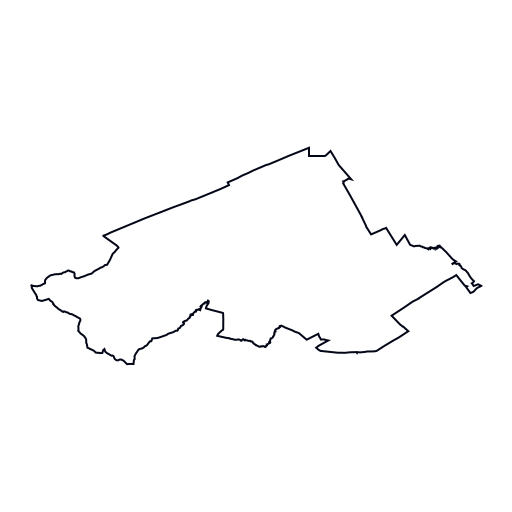 Brusturi, Neamt, Romania (Natural Earth projection)
{"feature_id": "2599482B56191304093915", "entity_name": "Brusturi", "entity_type": "district", "adm_level": 2, "iso_a3": "ROU", "parent_name": "Romania", "parent_adm1": "Neamt", "projection": "natural_earth1", "projection_center": [26.327, 47.289], "detail": "fine", "context": "isolated", "style": "outline", "palette": "ink", "viewbox_px": 512, "rotation_deg": 0, "n_neighbors": 0, "source": "geoboundaries", "source_scale": "gbopen_adm2", "svg_char_len": 6006}
<svg xmlns="http://www.w3.org/2000/svg" viewBox="0 0 512 512"><path d="M330.5,151.0L326.0,155.3L324.9,156.0L309.0,156.0L309.0,147.8L289.1,155.7L276.0,161.3L268.8,164.3L265.9,165.1L253.2,170.5L248.2,173.0L242.3,175.5L237.4,178.2L227.7,182.4L229.0,185.1L220.2,189.1L195.4,199.3L191.1,200.5L189.2,201.4L173.1,207.3L143.6,218.8L109.8,232.9L107.4,234.2L103.4,235.7L103.5,236.0L103.8,236.3L115.4,244.6L116.3,245.1L118.2,247.1L118.5,247.7L117.0,249.2L114.4,252.3L112.7,253.8L109.9,260.0L107.1,264.8L105.1,265.0L103.5,266.4L101.3,267.5L100.2,267.8L99.5,268.4L94.9,270.8L93.6,271.8L92.1,273.2L91.3,273.7L88.0,274.6L83.7,276.4L81.2,277.1L78.6,278.2L76.8,278.3L75.3,277.9L75.0,277.6L74.5,276.2L74.5,274.7L74.6,273.9L74.1,272.5L72.2,272.1L71.7,271.5L69.9,271.3L69.1,270.6L68.2,270.5L64.9,272.2L63.1,272.6L61.2,274.0L60.3,273.7L58.3,274.2L55.4,274.2L50.3,275.4L47.0,277.8L45.2,280.0L45.0,281.3L45.1,282.2L44.9,283.4L43.7,283.8L40.1,285.8L39.1,285.8L37.1,286.3L34.6,286.1L33.0,285.9L30.7,285.0L31.4,285.5L31.7,286.1L31.9,288.1L35.3,293.7L36.1,294.6L36.5,296.1L37.0,296.7L37.0,298.4L37.9,300.0L41.9,301.0L48.8,298.9L50.3,300.7L52.2,301.9L53.6,304.1L53.4,304.4L55.5,306.5L56.8,307.4L58.5,309.0L61.6,310.9L62.4,311.6L63.2,311.9L63.6,311.5L64.3,311.4L66.5,312.3L67.6,312.5L69.4,313.7L72.4,314.4L74.2,315.5L75.9,316.2L77.2,317.2L77.9,317.4L80.0,318.6L80.4,319.6L80.4,320.4L79.3,322.7L79.3,323.1L79.0,323.7L78.9,324.5L78.3,326.2L78.5,329.8L78.2,330.7L80.6,333.5L83.9,335.9L84.3,336.6L85.1,337.4L86.1,339.3L86.2,340.2L86.2,342.6L86.9,344.4L87.4,347.6L87.8,347.9L89.7,348.6L90.1,349.1L91.2,349.4L94.0,350.8L95.8,352.6L99.3,352.9L100.1,353.1L102.3,353.0L103.2,350.2L104.4,349.1L105.2,351.5L106.5,352.8L111.5,355.7L112.4,355.5L113.2,355.9L113.8,356.6L114.2,357.9L114.8,359.0L116.2,360.1L116.9,360.3L118.1,360.3L119.5,359.6L121.2,359.5L123.7,360.8L127.1,364.2L129.5,363.9L133.5,364.0L133.8,360.9L134.1,359.7L134.7,359.0L134.5,356.2L135.7,353.8L138.7,349.4L141.7,348.5L143.3,347.8L145.3,346.0L146.2,345.7L147.1,345.0L149.8,341.4L151.3,341.2L152.3,338.4L157.5,338.0L160.4,337.1L166.4,335.0L168.3,333.7L173.4,332.1L175.2,331.0L176.3,330.6L177.3,330.7L177.7,330.4L178.3,328.5L179.1,328.3L179.8,327.9L180.2,327.5L180.8,326.1L182.7,325.2L183.8,324.2L184.1,323.2L183.0,322.5L183.2,321.9L185.1,320.8L185.9,320.8L186.8,320.4L188.4,318.5L189.5,318.0L189.8,316.7L190.3,316.6L190.4,316.0L191.0,315.3L190.9,315.0L190.5,314.8L190.6,314.5L192.1,314.2L192.3,315.0L192.9,315.0L193.0,314.5L192.7,313.9L193.4,313.4L193.6,312.9L195.0,311.5L195.9,311.7L196.1,311.5L195.9,310.5L196.1,309.9L196.9,309.7L197.9,309.9L198.7,309.4L200.1,310.1L200.2,309.7L199.6,309.0L200.7,308.7L200.8,307.5L201.3,307.2L201.5,306.9L201.4,306.6L200.9,306.3L201.7,305.8L201.4,305.5L203.4,303.8L204.6,303.5L204.6,302.6L204.9,302.4L205.8,302.3L206.6,302.7L206.7,302.1L207.5,301.6L208.0,300.6L208.6,301.0L208.7,301.6L208.5,303.1L206.7,305.9L206.0,307.8L205.9,308.4L212.7,310.3L222.4,312.8L223.0,313.0L223.1,313.3L223.3,319.2L223.2,329.5L223.0,329.8L221.7,330.6L218.5,333.5L217.9,334.2L217.2,335.8L226.0,337.8L228.8,338.2L229.2,338.1L230.0,338.7L232.5,339.1L234.1,339.6L235.9,339.8L238.8,339.4L240.6,340.2L240.8,340.6L241.2,340.8L241.6,340.6L242.1,339.9L243.1,339.2L243.8,339.8L244.5,339.8L244.6,340.2L245.3,339.9L245.5,340.3L247.3,340.4L248.4,340.9L250.3,340.9L250.9,341.5L252.1,341.5L253.5,343.1L253.4,343.3L254.1,343.9L255.1,344.4L255.7,345.1L256.0,345.0L257.5,345.9L258.0,346.0L258.7,346.5L260.0,346.8L261.1,346.2L261.8,346.5L263.0,346.1L263.8,346.3L264.7,346.9L265.3,347.0L265.7,346.8L265.7,346.1L266.5,345.8L267.0,345.4L266.8,344.6L267.3,344.6L267.5,344.2L270.0,342.9L270.3,342.5L270.3,342.3L269.9,342.0L269.3,342.3L269.1,342.1L269.2,341.8L270.0,341.0L270.4,339.2L270.7,338.5L271.6,338.4L272.9,337.3L273.0,336.6L273.6,336.1L273.8,335.2L274.3,334.8L274.5,333.6L274.2,333.1L274.6,332.5L274.7,331.7L275.4,331.5L275.3,331.1L275.5,330.9L275.1,330.2L276.0,329.2L277.8,328.3L278.2,328.4L278.8,328.2L278.9,327.7L280.0,327.1L279.6,326.3L279.8,326.0L280.4,326.0L280.9,325.7L281.4,325.7L283.9,326.8L285.0,327.5L292.2,330.3L294.7,331.6L298.9,333.1L306.7,339.7L318.3,333.8L319.2,336.7L320.0,337.6L320.4,338.6L321.0,339.6L322.1,339.4L324.4,339.5L325.7,340.0L328.2,340.5L318.6,345.8L316.2,347.7L318.7,349.9L320.5,350.9L337.5,352.7L345.3,352.8L349.7,352.3L355.9,352.1L356.5,352.3L357.0,352.9L357.3,352.1L360.0,352.4L365.2,351.9L366.9,351.5L373.4,351.4L376.0,351.1L376.8,350.8L383.7,346.3L393.0,340.7L398.6,337.6L408.3,331.2L403.2,326.6L402.9,326.7L400.0,324.4L391.6,315.7L404.4,307.3L412.5,301.7L418.8,298.5L418.7,298.3L436.7,287.0L443.3,282.4L445.6,281.0L452.4,277.5L456.3,275.1L464.7,285.6L467.0,286.3L466.0,286.9L470.4,293.0L472.6,292.2L473.4,291.7L474.1,291.1L476.7,288.3L478.0,287.5L481.2,286.0L481.3,285.9L481.0,285.7L478.1,284.3L473.7,286.0L471.8,283.3L473.3,282.3L474.0,281.2L473.6,280.9L471.0,278.1L469.6,276.0L467.9,273.0L465.4,270.2L463.5,269.4L461.7,268.1L460.9,266.1L459.4,265.3L459.4,264.8L459.7,264.3L459.2,263.8L457.5,263.6L456.7,264.1L454.3,263.0L452.6,264.0L452.4,263.7L456.0,261.4L453.7,260.0L452.3,258.9L446.1,252.0L441.1,247.2L440.4,247.4L439.6,247.0L439.5,246.7L439.9,246.0L439.6,245.6L438.0,245.9L438.4,246.6L437.6,246.9L438.0,247.2L437.7,247.6L437.8,247.9L437.4,248.1L436.9,248.0L436.6,248.7L435.4,247.7L435.0,247.8L434.9,248.4L434.6,247.9L434.2,247.8L434.0,248.0L434.3,248.4L434.2,248.5L433.5,248.6L432.5,247.8L431.5,248.1L431.4,248.0L431.5,247.6L431.4,247.4L430.4,247.3L429.6,247.7L429.6,247.9L430.3,248.4L430.2,248.9L428.9,248.3L428.5,248.7L428.4,249.3L428.1,249.2L428.0,248.4L426.4,248.3L425.0,248.0L424.4,247.5L423.0,247.3L422.6,246.8L420.5,246.3L419.6,245.7L415.2,246.0L414.1,246.4L410.1,244.8L404.8,235.0L396.7,244.9L386.1,227.9L384.4,228.7L383.1,228.9L380.3,230.4L371.1,234.4L366.7,227.5L366.3,227.1L366.2,226.2L361.7,216.9L361.9,216.9L350.3,195.8L343.2,183.4L343.6,183.1L343.6,182.0L343.2,181.4L344.4,181.0L346.8,179.7L347.4,179.3L347.8,178.8L349.5,178.8L351.2,179.3L338.7,165.0L334.9,158.2L330.5,151.0Z" fill="none" stroke="#020617" stroke-width="2"/></svg>